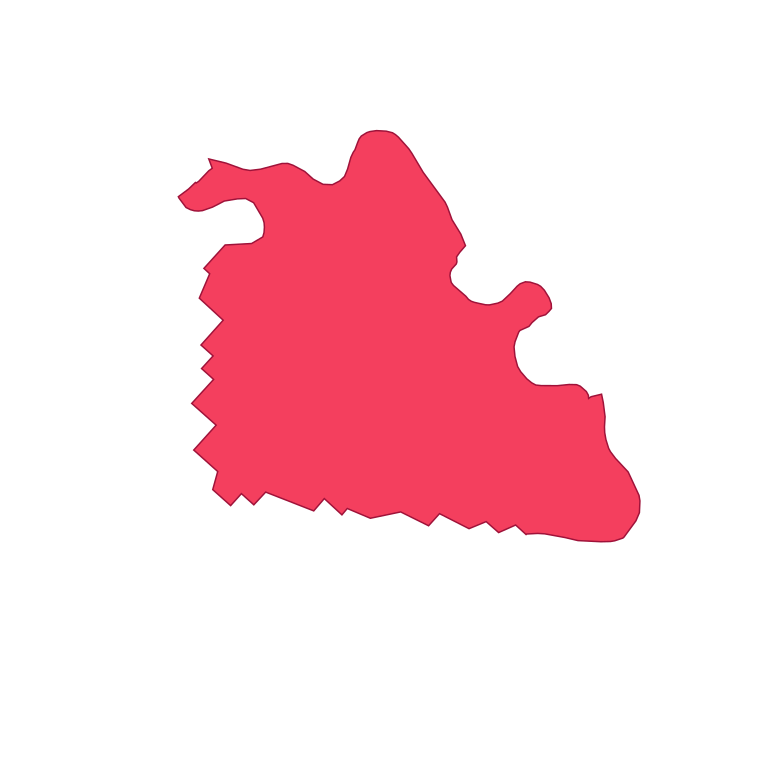 Mississippi, Missouri, United States of America (Robinson projection), rotated 312°
{"feature_id": "52423323B58480998069013", "entity_name": "Mississippi", "entity_type": "district", "adm_level": 2, "iso_a3": "USA", "parent_name": "United States of America", "parent_adm1": "Missouri", "projection": "robinson", "projection_center": [-89.235, 36.818], "detail": "fine", "context": "isolated", "style": "filled", "palette": "rose", "viewbox_px": 768, "rotation_deg": 312, "n_neighbors": 0, "source": "geoboundaries", "source_scale": "gbopen_adm2", "svg_char_len": 2223}
<svg xmlns="http://www.w3.org/2000/svg" viewBox="0 0 768 768"><g transform="rotate(312 384 384)"><path d="M190.9,327.4L191.0,351.4L207.1,351.4L207.1,368.1L224.5,368.4L242.7,416.7L258.9,416.3L258.6,440.3L266.9,440.0L275.1,463.7L300.1,482.0L308.5,512.0L324.8,512.0L333.4,544.0L350.1,552.0L350.3,568.6L367.3,576.2L367.2,590.3L368.0,590.4L375.8,598.2L380.2,603.7L391.1,621.4L397.4,632.9L411.9,650.7L418.5,657.7L421.9,660.4L429.3,664.6L430.8,664.8L450.8,662.8L459.3,659.9L468.4,652.4L471.9,648.0L482.0,624.3L483.6,605.9L485.2,597.6L486.5,594.0L491.2,586.1L495.6,580.5L499.7,576.5L507.6,570.2L516.9,559.4L522.0,552.5L513.1,546.4L510.2,545.7L512.4,543.4L513.8,539.4L513.7,531.3L512.4,527.6L507.5,521.9L498.7,513.9L488.0,501.9L484.8,497.5L483.7,492.9L483.4,486.7L484.6,477.3L486.4,471.6L492.1,462.9L498.6,455.8L503.1,453.1L512.7,449.4L514.8,449.2L523.9,453.2L528.7,452.9L537.3,453.9L543.6,457.7L548.3,458.0L552.2,457.9L555.6,454.5L558.5,449.0L561.0,440.4L561.4,435.0L560.7,431.5L557.4,424.3L554.6,420.8L554.6,420.7L549.6,418.1L545.7,417.5L535.6,417.4L524.8,416.5L520.3,414.5L513.3,409.4L510.9,406.6L507.2,400.2L505.1,396.4L503.9,393.5L503.4,390.2L504.0,386.1L503.7,369.7L504.4,366.2L505.3,364.8L508.7,360.4L511.5,358.5L514.8,357.4L521.6,357.4L523.5,356.5L527.0,352.9L532.4,352.2L541.3,352.0L546.8,340.8L551.6,324.6L557.9,312.8L560.0,307.7L567.5,271.5L574.1,250.3L575.4,245.0L577.1,229.6L577.0,225.7L576.4,222.2L573.4,216.5L567.3,208.9L562.3,204.7L559.3,203.0L553.1,201.2L549.6,201.5L545.9,202.8L538.6,205.7L535.6,206.1L530.3,207.7L519.4,213.1L511.8,215.8L505.2,215.2L497.6,212.3L491.6,205.1L488.9,194.3L488.9,182.9L485.7,170.0L483.6,165.0L479.7,160.7L461.0,148.5L453.1,141.6L449.2,135.5L442.5,118.9L434.0,103.2L429.4,112.0L425.2,111.1L410.6,110.7L407.8,110.0L407.6,109.0L398.1,108.3L385.6,105.8L385.0,107.2L382.7,118.8L384.0,123.4L385.8,127.1L388.3,130.3L391.4,133.1L400.7,138.2L413.1,142.9L423.5,151.2L429.3,157.1L431.5,165.8L426.1,182.9L423.6,187.0L420.5,190.2L416.3,193.5L412.2,195.5L399.8,191.6L381.0,172.9L349.4,172.8L349.3,180.7L324.2,189.3L323.8,221.8L290.5,221.9L290.5,238.2L273.4,238.1L273.4,254.3L240.9,254.1L241.1,286.8L207.6,286.8L207.7,319.0L190.9,327.4Z" fill="#f43f5e" stroke="#9f1239" stroke-width="1.5"/></g></svg>